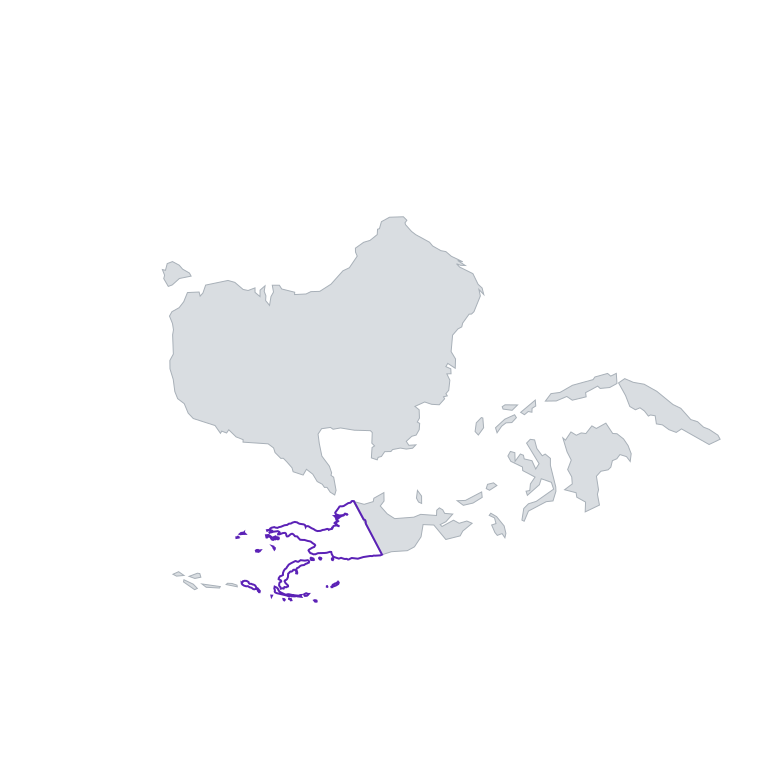 map of Papua New Guinea with Indonesia, Solomon Islands and Australia greyed out, rotated 153°
{"feature_id": "PNG", "entity_name": "Papua New Guinea", "entity_type": "country or territory", "adm_level": 0, "iso_a3": "PNG", "parent_name": "Oceania", "parent_adm1": "", "projection": "orthographic", "projection_center": [148.76, -6.492], "detail": "fine", "context": "with_neighbors", "style": "outline", "palette": "violet", "viewbox_px": 768, "rotation_deg": 153, "n_neighbors": 3, "source": "natural_earth", "source_scale": "50m", "svg_char_len": 11590}
<svg xmlns="http://www.w3.org/2000/svg" viewBox="0 0 768 768"><g transform="rotate(153 384 384)"><path d="M463.4,232.8L464.6,293.3L456.3,285.8L447.0,284.1L444.9,286.8L433.4,287.3L437.1,279.7L442.7,277.0L440.1,266.9L435.6,259.2L417.9,251.8L410.5,251.2L396.9,243.0L394.3,247.6L390.9,248.5L388.8,245.2L388.7,241.2L381.8,236.9L391.4,233.2L397.8,233.2L397.0,230.7L383.9,231.1L380.3,225.8L372.4,224.3L368.7,219.9L380.6,217.2L385.1,214.1L399.5,217.4L403.6,235.7L413.0,241.0L420.4,231.0L430.8,225.1L438.9,224.9L453.5,231.2L463.4,232.8ZM323.1,295.7L324.4,300.3L319.4,307.5L312.5,309.9L311.4,308.8L315.1,299.8L323.1,295.7ZM402.5,274.0L401.4,267.1L404.7,260.5L406.8,263.2L406.9,267.6L402.5,274.0ZM262.8,178.7L258.0,187.3L263.6,195.6L262.2,199.9L271.1,207.8L261.6,209.5L258.9,216.0L259.2,224.4L251.7,231.2L251.7,240.4L249.1,254.8L247.8,251.6L239.2,256.4L235.9,251.0L230.5,250.9L226.6,248.2L217.8,252.3L215.0,248.0L204.1,248.4L202.7,236.1L199.0,233.9L195.5,226.3L194.5,218.3L195.4,209.7L199.8,203.2L200.9,209.2L205.8,214.0L210.5,211.7L215.3,212.0L219.7,206.9L223.3,205.8L230.4,207.8L236.6,205.4L240.9,192.3L243.9,188.9L247.0,178.3L262.8,178.7ZM358.7,237.5L368.4,239.9L371.8,246.8L364.3,243.3L346.0,243.5L348.0,238.4L358.7,237.5ZM337.3,247.6L331.3,246.2L329.5,242.3L338.2,241.4L340.4,244.4L337.3,247.6ZM346.1,192.1L346.7,197.1L351.8,197.7L352.6,201.4L352.1,209.5L347.6,208.8L346.3,214.5L349.9,219.2L347.5,220.4L343.9,214.7L341.4,203.0L343.2,195.6L346.1,192.1ZM292.9,205.5L313.0,205.2L321.4,198.1L322.9,200.1L316.0,209.6L309.7,211.7L301.6,210.3L280.6,213.3L279.5,220.4L286.9,228.2L291.3,223.7L306.8,219.7L306.1,224.0L302.5,222.9L298.9,228.5L291.7,232.5L299.7,243.9L298.3,247.2L306.1,257.5L306.3,263.6L302.0,266.5L298.6,263.4L302.3,255.6L294.3,259.7L292.1,257.2L293.1,253.6L287.0,248.5L287.4,239.4L282.0,242.6L283.8,266.6L278.8,268.3L275.2,265.8L277.1,257.1L275.6,248.2L272.2,248.4L269.5,242.2L272.7,235.9L277.7,214.3L279.5,210.4L286.5,203.1L292.9,205.5ZM285.6,310.5L274.5,304.7L281.8,302.4L289.3,307.6L289.0,310.1L285.6,310.5ZM292.9,294.0L298.3,293.0L305.4,289.2L304.5,294.4L292.4,297.8L281.6,297.3L281.3,293.9L287.6,291.6L292.9,294.0ZM268.0,294.0L272.8,292.9L275.1,296.7L256.5,301.0L258.8,295.5L263.1,295.1L265.0,291.7L268.0,294.0ZM193.4,281.9L194.6,285.1L208.3,284.8L209.7,280.8L223.6,284.1L226.8,289.9L238.2,290.7L248.0,295.5L239.6,299.6L231.0,296.6L216.6,297.3L195.7,293.0L192.9,294.5L180.0,291.9L178.4,288.1L172.2,288.0L176.2,278.7L184.5,278.4L193.4,281.9ZM163.0,235.4L164.2,241.7L166.7,246.6L171.7,246.9L175.2,252.4L174.0,264.1L174.5,278.5L167.1,279.5L161.1,272.3L152.3,265.7L144.2,253.5L135.9,234.6L130.6,227.6L126.8,213.0L121.7,208.0L118.9,200.5L114.9,196.0L109.7,186.8L109.6,182.2L121.8,182.5L139.3,208.9L145.6,208.2L150.8,213.9L154.5,221.2L159.4,224.8L156.8,232.6L160.6,235.4L163.0,235.4Z" fill="#d9dde1" stroke="#a8b0b8" stroke-width="1"/><path d="M656.1,307.0L658.4,310.3L652.2,310.0L649.1,304.2L656.1,307.0ZM652.5,298.7L651.1,300.4L644.8,292.2L643.1,286.6L646.1,286.7L652.5,298.7ZM645.0,301.1L636.1,300.1L634.2,298.7L634.9,295.0L640.8,296.6L645.0,301.1ZM634.7,283.6L637.0,288.5L621.8,277.8L623.2,276.9L634.7,283.6ZM606.8,269.9L615.7,277.0L613.9,277.5L610.0,275.3L606.3,271.5L606.8,269.9Z" fill="#d9dde1" stroke="#a8b0b8" stroke-width="1"/><path d="M527.7,568.4L531.9,568.9L532.4,577.9L530.1,580.5L529.5,586.6L527.1,584.5L522.5,589.7L516.9,589.1L512.5,582.8L511.3,577.8L507.0,571.2L506.9,567.7L518.4,570.9L527.7,568.4ZM362.1,503.3L349.8,510.1L349.5,514.5L347.8,518.0L337.8,519.5L331.3,518.3L322.2,520.2L319.5,524.8L317.5,524.5L312.6,529.8L303.4,530.1L290.8,524.2L289.3,519.5L292.1,518.1L292.5,516.2L290.2,507.4L287.9,502.6L279.1,489.7L278.0,484.9L272.8,477.0L268.8,473.9L266.0,467.2L258.3,457.1L262.3,460.6L257.8,452.7L261.9,455.0L264.8,458.2L263.5,453.8L254.7,442.0L254.9,430.1L253.0,425.0L254.5,418.4L256.5,425.1L258.2,418.7L271.0,407.6L274.3,406.6L276.5,407.6L286.2,402.6L288.8,399.6L293.1,399.5L300.7,396.4L309.5,382.4L308.9,373.8L313.4,365.7L317.8,373.4L321.0,371.4L317.6,367.2L319.6,362.7L323.4,364.5L323.6,357.5L329.2,349.0L333.2,347.3L333.0,344.7L336.8,345.6L336.7,343.3L344.2,340.4L350.8,344.3L355.9,349.5L366.6,350.0L364.4,345.1L367.9,337.5L371.6,335.0L370.1,332.7L373.4,327.3L378.5,323.9L383.0,324.8L390.2,322.8L389.7,318.1L383.2,315.3L387.7,313.8L393.7,315.9L398.5,319.5L406.1,321.7L408.5,320.7L414.1,323.4L419.2,320.6L422.5,321.3L424.5,319.5L428.8,323.9L423.5,332.8L420.5,333.1L421.7,336.8L416.5,346.1L417.3,348.6L431.4,356.3L442.7,364.6L449.9,366.8L451.4,369.6L459.9,372.5L465.5,369.3L468.7,360.3L472.1,348.0L470.0,335.6L471.0,328.6L472.7,326.7L471.2,323.7L475.0,311.0L478.3,307.5L481.0,312.0L481.7,317.8L484.0,318.9L484.5,322.7L487.8,327.4L488.4,336.0L491.8,343.2L497.4,339.6L504.8,347.1L504.0,351.1L506.0,359.0L507.4,363.5L509.7,364.6L512.2,372.4L511.4,377.2L514.4,383.3L536.0,396.2L534.8,398.4L539.8,404.0L543.1,413.7L546.5,411.8L550.0,415.7L552.1,414.3L553.4,423.7L569.6,439.8L571.7,446.9L570.9,457.2L574.5,464.6L573.8,472.2L569.7,483.8L567.8,494.7L564.1,502.2L558.1,506.3L550.0,523.8L547.0,527.8L545.0,533.9L544.3,541.9L540.1,544.7L531.9,545.0L525.1,548.2L517.6,554.7L507.0,549.9L507.9,545.8L504.0,547.3L498.0,553.1L476.0,547.1L470.8,542.3L466.6,532.2L462.6,529.0L455.3,528.2L457.3,524.2L454.8,518.2L451.8,523.9L445.4,525.5L448.7,520.9L449.2,516.2L451.6,512.1L450.3,506.0L445.0,513.2L440.7,516.1L438.7,522.7L432.4,519.5L432.0,515.1L421.9,506.3L423.1,504.3L412.6,499.6L407.2,499.5L399.2,495.7L385.9,497.0L369.2,503.5L362.1,503.3Z" fill="#d9dde1" stroke="#a8b0b8" stroke-width="1"/><path d="M464.0,293.3L463.6,272.8L462.6,271.2L462.7,270.0L463.6,267.6L463.2,232.9L465.1,233.0L469.7,235.0L471.1,235.8L472.5,236.0L474.6,237.1L481.0,239.2L486.6,240.2L491.7,243.6L493.4,243.7L494.6,243.6L495.5,243.8L496.0,244.1L496.2,244.6L496.9,245.3L498.0,245.7L498.9,246.3L501.2,248.6L503.5,248.9L507.5,253.0L507.7,253.6L507.8,256.2L507.3,258.3L508.3,259.0L511.6,259.6L513.4,260.3L519.3,263.1L520.1,263.3L522.4,263.4L524.2,264.3L525.7,266.2L526.4,266.7L526.8,268.9L526.8,270.0L526.4,270.3L525.5,270.5L522.2,270.7L520.1,270.5L518.5,271.6L518.6,272.5L519.9,274.7L520.7,276.6L521.4,277.4L523.2,278.8L525.7,281.2L527.6,282.2L529.4,283.3L530.1,285.5L530.5,287.5L532.4,288.8L533.0,291.1L533.6,292.1L534.5,292.5L535.5,292.5L538.3,291.8L539.2,292.0L539.7,292.3L539.8,293.3L539.4,294.4L539.3,295.4L539.8,296.3L541.8,297.1L545.3,297.5L546.6,298.1L546.4,298.5L544.4,299.1L544.4,299.7L545.4,301.1L549.9,302.7L551.5,302.9L552.6,303.4L554.3,303.2L552.3,304.1L550.6,303.8L550.3,304.1L551.0,304.9L552.4,305.8L552.2,306.1L550.9,306.9L549.4,307.0L546.7,306.3L546.0,305.4L544.3,304.2L542.4,304.1L540.6,303.6L536.8,303.3L534.2,302.4L532.2,302.7L530.7,302.1L529.6,301.9L528.7,302.1L526.1,301.6L524.2,300.1L523.6,299.0L522.8,297.9L519.2,295.3L518.4,294.0L518.7,292.2L518.3,292.5L517.7,292.5L516.3,291.9L515.7,291.2L514.0,288.4L512.6,286.7L511.5,284.7L510.1,283.2L507.3,282.0L504.9,281.8L503.3,281.2L500.4,280.7L499.6,280.0L499.4,279.1L498.5,279.2L496.1,278.5L495.6,278.8L495.4,279.6L494.7,279.5L493.5,280.4L492.8,280.3L490.5,279.6L488.9,277.9L488.2,277.6L489.1,278.4L490.9,282.1L490.0,282.1L490.4,282.8L489.9,282.9L487.4,282.5L487.1,282.6L488.0,284.5L483.2,285.6L481.5,285.6L479.7,285.2L478.0,285.7L477.3,285.7L476.4,284.3L475.1,284.6L476.2,284.6L476.8,285.6L477.6,286.2L478.5,285.8L480.5,285.9L483.4,287.1L485.2,288.8L485.9,289.7L486.0,291.1L485.8,291.6L481.2,293.9L479.3,295.0L478.3,294.8L477.0,294.1L475.4,293.6L469.9,294.1L467.9,293.5L466.9,293.7L466.2,294.2L465.5,294.2L464.0,293.3ZM563.5,247.3L564.9,248.3L566.3,247.3L567.0,248.0L568.9,248.5L568.5,249.9L568.9,251.2L568.9,252.1L568.4,253.0L567.5,254.2L566.7,254.6L565.3,254.6L565.0,255.3L565.1,256.0L566.5,257.9L565.8,258.9L563.9,259.9L562.3,259.6L560.7,259.7L559.8,261.5L558.0,263.1L556.3,264.0L555.1,264.1L554.1,264.5L553.2,265.2L552.1,265.6L551.0,266.3L548.4,266.5L543.4,266.5L542.9,266.2L541.9,265.0L540.9,264.5L538.3,264.9L534.8,262.6L531.9,261.6L531.3,260.7L531.4,259.6L532.2,258.9L533.4,259.2L534.3,259.0L535.4,259.3L537.4,259.0L539.7,259.8L540.7,259.9L541.8,259.8L543.3,259.3L545.1,259.4L546.3,258.7L546.8,255.8L547.1,254.9L547.5,254.6L548.2,255.2L547.4,256.3L547.3,257.4L547.6,258.5L548.4,259.4L549.4,259.5L550.4,258.9L551.5,258.8L552.4,259.4L553.4,259.3L553.9,258.9L555.0,258.7L555.5,258.5L557.2,255.6L558.9,254.2L560.0,253.9L561.2,254.0L562.1,253.5L562.1,251.2L561.0,248.1L561.4,247.2L563.5,247.3ZM601.4,270.7L601.0,271.7L600.8,271.3L600.0,271.6L599.2,272.3L597.4,271.9L595.8,270.9L594.6,269.1L594.8,268.0L594.5,267.0L592.8,266.1L592.2,265.1L591.5,264.7L590.5,263.5L590.1,261.8L590.4,259.9L590.3,259.0L591.6,259.7L592.7,259.9L593.6,260.6L594.6,262.6L596.1,264.0L597.0,265.6L598.6,266.3L600.2,267.8L601.2,269.5L601.4,270.7ZM574.6,251.6L573.4,253.1L572.0,251.3L571.5,250.0L571.6,248.0L571.4,246.6L570.7,245.3L567.8,241.5L567.0,240.8L565.0,240.3L564.1,239.8L561.3,237.5L560.3,237.0L559.7,236.4L556.6,234.4L555.7,234.0L554.6,234.0L553.6,233.6L554.4,233.3L554.5,232.7L554.4,232.0L557.6,234.1L558.1,234.8L558.9,234.9L560.4,235.5L562.4,236.7L563.4,237.6L565.5,238.4L566.9,239.9L574.6,246.4L575.6,247.8L575.6,248.7L574.8,249.8L574.6,251.6ZM519.5,226.4L522.6,226.9L522.8,226.9L522.8,226.7L523.0,226.8L522.9,227.3L522.0,227.3L520.8,228.4L520.2,228.3L518.2,228.5L516.5,228.1L516.1,228.4L515.5,228.3L514.7,228.7L514.5,227.9L515.2,227.7L515.1,226.9L515.7,226.5L516.6,226.5L517.5,226.3L519.5,226.4ZM551.4,294.9L552.7,295.7L553.4,295.4L553.8,295.6L554.6,296.5L554.7,297.9L554.3,298.2L554.3,297.8L554.0,297.8L550.5,297.5L551.2,296.7L550.5,295.7L550.6,295.0L551.4,294.9ZM550.7,232.9L548.9,233.0L548.2,232.8L547.1,231.5L546.3,231.1L547.7,230.5L548.8,230.3L550.7,231.1L550.9,231.7L550.7,232.9ZM556.4,301.2L556.8,301.2L557.5,300.5L558.0,300.3L558.4,300.6L557.8,302.8L555.3,301.8L555.2,301.0L554.7,300.7L553.8,298.9L553.6,298.3L554.4,299.1L556.2,300.4L556.1,300.8L556.4,301.2ZM570.7,291.4L572.3,291.5L572.7,292.0L573.6,292.5L574.0,292.8L573.7,293.4L573.7,293.8L572.8,293.9L571.5,293.3L571.4,293.0L570.7,292.3L569.6,291.9L570.7,291.4ZM578.6,314.8L580.1,315.3L580.6,315.8L578.8,316.2L578.4,315.9L577.2,315.6L577.0,315.0L576.4,315.2L576.7,314.8L575.9,314.3L575.6,313.4L578.6,314.8ZM528.4,262.2L528.0,262.3L527.9,261.8L527.0,261.5L526.1,260.4L526.3,259.1L526.7,259.1L528.7,260.2L528.9,260.6L528.7,261.6L528.4,262.2ZM549.9,295.4L549.6,296.5L549.1,296.3L547.6,295.0L547.8,294.1L548.5,293.6L549.5,294.1L549.9,295.4ZM590.0,258.4L589.3,258.9L589.0,257.7L588.6,255.9L589.4,255.0L589.9,255.3L589.9,256.2L590.3,256.9L590.0,258.4ZM520.6,258.6L520.0,258.6L519.0,257.4L519.1,256.9L520.1,256.3L520.8,256.9L521.0,258.1L520.6,258.6ZM544.2,221.4L544.5,222.9L543.7,222.8L542.5,221.8L542.5,221.2L542.8,220.7L543.3,220.8L544.2,221.4ZM509.8,252.0L509.2,252.3L508.8,252.1L508.6,251.5L508.7,250.9L509.6,250.3L510.0,250.6L510.1,251.2L509.8,252.0ZM556.7,289.2L556.9,289.9L556.2,289.2L556.5,287.7L555.8,287.3L556.2,286.6L556.8,286.3L556.8,287.3L557.0,287.7L556.7,289.2ZM487.8,288.5L488.0,288.9L486.6,288.4L484.7,287.2L484.3,286.6L486.4,287.5L487.8,288.5ZM487.7,287.1L487.3,287.1L485.7,286.5L485.3,286.1L487.7,286.2L487.7,287.1ZM585.4,313.8L585.2,314.3L584.9,314.1L583.9,314.4L583.4,314.3L583.1,313.7L583.9,313.8L583.8,313.3L585.4,313.8ZM571.4,237.3L571.2,238.1L570.6,237.7L570.3,237.0L570.5,236.7L571.1,236.5L571.4,237.3ZM566.2,235.6L566.0,236.0L565.8,236.0L564.8,234.9L565.0,234.6L566.2,235.6ZM554.7,306.2L554.6,306.9L553.7,306.6L553.8,306.1L554.7,306.2ZM565.3,234.3L564.6,234.5L564.7,233.4L565.3,233.6L565.3,234.3ZM527.0,229.3L526.7,229.8L525.7,229.6L526.2,229.5L526.6,229.0L527.0,229.3ZM580.6,245.8L580.4,246.6L579.9,246.3L580.6,245.8Z" fill="none" stroke="#5b21b6" stroke-width="2"/></g></svg>